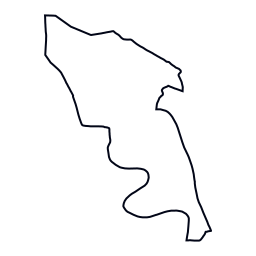 Huyen Hong Ngu, Ðong Tháp, Vietnam (Natural Earth projection)
{"feature_id": "81297802B50587214410487", "entity_name": "Huyen Hong Ngu", "entity_type": "district", "adm_level": 2, "iso_a3": "VNM", "parent_name": "Vietnam", "parent_adm1": "Ðong Tháp", "projection": "natural_earth1", "projection_center": [105.298, 10.803], "detail": "fine", "context": "isolated", "style": "outline", "palette": "ink", "viewbox_px": 256, "rotation_deg": 0, "n_neighbors": 0, "source": "geoboundaries", "source_scale": "gbopen_adm2", "svg_char_len": 4526}
<svg xmlns="http://www.w3.org/2000/svg" viewBox="0 0 256 256"><path d="M179.0,68.9L177.4,68.2L175.7,67.5L174.3,66.3L172.7,65.3L171.1,64.1L169.8,62.8L169.0,62.1L168.2,61.9L166.5,61.7L165.1,60.6L163.8,59.6L162.7,59.0L160.7,58.0L158.7,56.8L157.5,56.2L155.7,55.1L153.9,54.1L152.4,53.1L149.9,51.8L149.0,51.3L147.3,50.5L145.3,49.3L145.2,49.2L143.9,48.3L142.6,47.5L140.4,46.4L138.5,45.2L136.5,43.9L135.0,42.7L133.5,41.5L133.0,41.0L132.1,40.3L131.3,39.8L130.7,39.6L130.1,39.5L128.9,39.6L128.1,39.6L127.0,39.6L124.7,39.4L123.9,39.3L123.1,39.0L122.5,38.6L121.6,38.0L120.8,37.2L120.0,36.3L119.5,35.7L118.3,34.7L117.1,34.0L116.1,33.4L115.1,32.7L114.3,31.9L113.4,31.2L113.1,31.2L112.0,31.3L110.8,31.6L109.1,31.9L108.4,32.0L107.3,32.2L106.2,32.4L104.9,32.7L104.3,32.8L102.2,33.2L101.9,33.3L91.1,35.0L90.4,34.8L70.9,26.7L55.6,15.8L53.0,15.6L45.0,15.4L45.1,16.6L45.2,19.5L45.2,20.5L45.3,23.3L45.4,24.5L45.5,27.0L45.6,28.4L45.7,30.5L45.8,32.0L46.1,34.2L46.2,36.0L46.1,38.8L46.1,40.1L45.9,43.6L45.7,46.9L45.5,50.6L45.3,54.1L45.3,55.0L47.5,58.1L49.3,60.7L50.0,61.7L50.5,62.5L53.5,65.1L55.6,67.0L56.8,68.1L57.4,68.6L59.3,70.5L61.1,72.6L62.1,74.5L63.4,76.9L65.1,80.2L65.4,80.9L66.5,83.3L67.0,84.0L68.3,86.6L69.2,88.1L70.7,91.1L71.2,91.9L73.1,95.5L73.0,96.7L75.3,103.3L75.5,103.8L76.6,107.6L78.4,114.7L79.6,118.6L81.1,122.8L81.7,124.2L82.1,124.9L83.1,125.5L85.4,125.9L88.4,126.1L90.3,126.3L91.9,126.3L96.1,126.3L101.0,126.4L103.5,126.6L104.8,127.2L105.0,127.2L105.3,127.2L106.0,127.2L106.4,127.4L107.5,127.5L107.9,127.7L108.6,128.0L108.8,128.0L109.2,128.4L109.4,129.2L109.4,131.4L109.6,133.8L109.6,134.9L109.8,136.1L109.8,137.0L110.3,139.9L110.3,140.9L110.1,142.4L109.1,144.3L108.3,146.0L107.8,147.4L107.8,149.0L108.5,153.5L109.0,157.0L110.0,159.6L110.9,160.9L112.0,162.0L113.5,163.1L114.5,163.9L115.7,164.8L116.5,165.3L117.4,165.8L119.8,167.2L121.5,167.7L125.0,168.4L129.0,168.6L133.2,168.5L137.3,168.4L140.8,168.8L143.8,169.5L145.4,170.4L147.1,171.9L147.9,173.1L148.4,174.7L148.6,176.4L148.7,177.7L148.2,179.9L147.6,181.8L146.6,183.6L144.6,185.7L144.4,185.8L142.8,186.8L140.4,188.3L135.4,191.7L131.8,193.8L129.7,195.4L126.4,198.5L124.7,201.0L123.8,203.3L123.4,205.4L123.4,206.5L124.3,208.1L126.0,210.5L127.5,211.8L129.6,212.8L133.6,214.8L137.5,216.4L140.0,217.0L142.4,217.3L143.9,217.3L145.7,217.3L147.2,217.3L149.9,216.9L152.4,216.1L156.0,214.9L156.3,214.9L161.2,213.2L164.4,212.1L167.5,211.3L171.1,210.7L176.8,210.6L180.3,211.2L182.2,211.6L186.0,213.8L187.3,215.3L188.2,216.6L188.8,218.2L188.8,220.7L188.4,226.1L188.1,229.5L187.9,232.1L187.5,234.2L187.0,237.1L186.5,240.4L187.2,240.4L188.4,240.4L189.9,240.2L191.8,240.4L194.4,240.6L198.6,240.6L199.1,240.6L199.6,240.4L200.1,240.2L200.9,239.5L201.6,238.6L202.7,237.2L203.2,236.3L203.8,235.6L204.6,234.4L205.1,233.5L205.2,233.0L205.3,232.8L205.5,232.1L205.7,231.8L206.5,231.8L207.4,231.6L207.8,231.4L208.3,231.3L208.9,231.2L210.0,231.0L210.4,231.0L211.0,230.8L211.0,230.7L210.4,229.1L209.4,226.8L208.4,224.9L207.1,221.3L207.0,221.2L206.8,220.7L203.3,212.6L201.2,207.2L198.8,202.2L197.5,198.3L196.7,194.2L195.3,187.5L194.8,183.5L194.8,181.4L194.7,181.3L194.4,179.5L194.0,176.6L193.8,174.9L193.7,174.1L192.5,168.6L191.6,165.3L189.6,159.5L188.7,157.0L187.5,154.3L186.8,152.9L186.0,151.2L184.2,147.5L182.3,142.1L179.1,132.1L177.9,128.3L177.7,127.7L176.3,124.2L175.8,123.3L173.6,119.3L172.3,117.0L170.9,115.1L169.5,113.5L167.6,111.8L166.4,111.2L165.8,110.8L163.2,110.1L160.4,109.3L158.8,109.3L157.6,109.3L156.5,109.3L156.3,109.3L156.9,104.1L157.0,103.9L157.3,102.8L157.9,101.6L158.3,100.7L158.8,99.5L159.1,98.7L159.5,97.8L159.9,97.4L160.4,97.0L160.7,96.6L160.8,96.5L161.0,96.3L161.1,96.1L161.3,95.9L161.9,95.6L162.1,95.4L162.5,95.1L162.6,94.9L162.8,94.7L162.8,94.3L162.9,94.1L162.9,93.8L162.9,93.5L162.9,93.3L162.8,93.0L162.7,92.6L162.6,92.4L162.3,91.8L162.2,91.5L162.0,91.0L161.9,90.7L161.9,90.4L161.9,90.1L162.0,89.9L162.1,89.7L162.4,89.4L162.6,89.0L162.7,88.8L163.0,88.5L163.2,88.3L163.5,88.1L163.9,87.9L164.3,87.7L164.6,87.6L165.2,87.3L165.6,87.1L166.1,87.0L166.8,86.7L167.1,86.5L167.5,86.4L167.8,86.2L168.0,86.0L168.2,85.8L168.6,85.9L169.9,86.5L170.7,86.9L171.2,87.0L173.1,87.8L175.1,88.6L175.6,88.7L177.9,89.5L180.4,90.4L180.9,90.6L181.6,90.9L182.0,91.0L182.6,91.2L182.7,88.6L182.8,87.6L182.7,87.3L182.7,86.6L182.5,85.9L182.2,84.6L182.0,84.0L181.8,82.7L181.4,81.5L180.9,80.4L179.7,77.8L178.8,76.0L178.6,75.5L178.6,74.7L179.0,73.9L179.8,73.1L180.6,72.3L180.8,71.9L180.8,71.6L180.8,71.3L180.7,70.9L180.6,70.5L179.9,69.8L179.2,69.1L179.0,68.9Z" fill="none" stroke="#020617" stroke-width="2"/></svg>